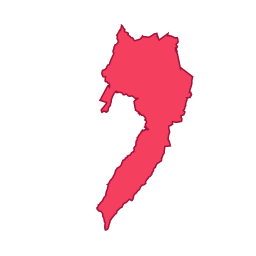 Soacha, Cundinamarca, Colombia (Natural Earth projection), rotated 23°
{"feature_id": "7082276B50901736205159", "entity_name": "Soacha", "entity_type": "district", "adm_level": 2, "iso_a3": "COL", "parent_name": "Colombia", "parent_adm1": "Cundinamarca", "projection": "natural_earth1", "projection_center": [-74.221, 4.507], "detail": "fine", "context": "isolated", "style": "filled", "palette": "rose", "viewbox_px": 256, "rotation_deg": 23, "n_neighbors": 0, "source": "geoboundaries", "source_scale": "gbopen_adm2", "svg_char_len": 5837}
<svg xmlns="http://www.w3.org/2000/svg" viewBox="0 0 256 256"><g transform="rotate(23 128 128)"><path d="M105.4,37.6L105.6,38.3L104.8,39.6L104.9,40.0L105.1,40.4L104.8,41.0L102.4,43.2L100.0,45.1L99.0,44.7L97.0,43.2L95.4,43.6L93.8,42.8L91.7,42.4L91.4,42.1L91.5,41.6L91.3,40.9L90.6,40.4L88.6,40.6L87.9,40.8L87.1,40.6L86.6,39.9L86.8,39.0L86.6,38.6L86.2,38.3L85.4,38.2L84.6,37.7L83.4,36.5L81.9,36.0L82.2,36.9L82.7,39.5L82.1,41.3L82.6,41.3L82.2,42.2L81.4,47.1L82.2,47.4L82.9,49.2L83.1,50.2L84.2,50.7L84.9,51.8L85.3,52.0L85.4,52.5L85.3,53.5L84.3,56.1L83.6,56.6L83.8,57.8L83.5,59.0L83.6,59.4L84.0,60.0L84.0,62.1L84.3,63.4L84.7,64.1L85.5,64.5L85.8,65.2L85.7,72.1L85.8,74.8L86.1,76.9L84.7,78.1L84.6,80.0L84.7,81.6L83.8,83.3L82.1,84.8L82.0,85.1L82.1,85.8L82.4,87.1L83.0,88.8L83.6,89.2L83.8,89.2L84.8,90.4L85.4,90.6L86.8,89.9L87.5,89.8L87.5,90.5L88.5,93.7L88.9,93.7L89.6,94.1L90.1,93.7L90.3,93.7L91.2,93.9L91.5,94.4L91.7,94.5L93.0,94.2L93.6,95.1L94.0,95.3L94.0,95.9L94.2,96.4L94.4,96.5L94.7,96.4L95.0,97.8L93.9,97.2L93.6,96.5L92.9,97.1L92.3,102.8L92.2,104.9L91.8,108.9L91.7,111.4L91.3,113.5L98.5,112.8L98.6,113.8L97.5,117.9L96.3,121.9L97.7,123.7L98.0,123.7L98.4,122.8L98.8,122.6L99.5,121.7L100.4,121.9L100.8,121.7L101.4,122.0L101.8,122.0L102.3,121.3L102.2,120.8L102.8,120.4L102.7,119.8L102.8,119.3L102.5,118.8L102.5,117.8L102.2,117.3L102.2,116.9L102.3,115.9L102.9,114.5L102.9,114.0L102.4,112.5L102.4,111.1L102.2,109.8L101.3,108.2L101.7,107.4L101.4,106.2L101.7,101.3L102.0,100.2L102.7,99.3L102.8,98.9L103.6,99.2L103.8,99.4L103.6,99.5L103.5,99.8L103.9,99.8L104.4,99.5L104.2,99.0L105.0,99.3L105.4,98.8L106.0,98.5L108.4,98.0L109.1,98.2L110.6,99.2L111.1,99.1L111.9,98.7L112.8,97.6L113.2,97.4L113.8,97.5L115.3,98.3L116.4,98.3L117.3,98.1L118.4,97.2L119.5,96.9L121.1,97.2L122.9,97.9L123.5,98.0L124.1,97.7L125.1,96.8L125.5,96.9L123.5,100.2L123.2,101.0L123.2,101.4L128.0,108.7L128.8,108.6L129.6,109.0L130.6,109.0L131.4,109.6L132.0,110.3L132.0,110.5L133.0,110.6L133.6,111.0L133.6,110.8L133.1,110.5L132.9,109.8L134.1,110.7L134.9,110.4L135.6,110.8L136.0,110.8L137.3,110.4L139.1,111.3L140.8,112.6L140.8,112.8L140.3,113.5L140.4,114.0L142.1,114.3L142.9,115.5L142.8,116.3L142.5,116.7L142.6,118.2L142.7,118.6L143.5,119.3L142.8,120.6L144.1,121.0L144.3,120.9L144.6,120.5L145.4,120.6L146.0,121.2L147.2,121.2L147.0,121.6L146.4,122.1L144.9,122.2L144.1,123.2L144.0,123.8L143.7,124.3L142.5,124.0L142.2,124.1L142.0,124.4L142.1,125.0L142.3,125.5L141.8,125.8L141.8,126.8L141.6,127.0L141.6,128.0L140.7,130.8L140.9,132.0L140.2,133.1L140.8,134.4L140.9,135.3L141.0,136.2L140.6,136.9L141.0,137.9L141.3,139.1L142.0,140.8L142.0,141.7L141.5,142.5L141.4,143.8L141.2,144.1L141.8,145.0L142.2,145.4L142.3,145.9L142.2,146.2L142.7,147.0L142.1,148.1L141.5,148.4L140.9,149.5L140.7,151.5L140.3,152.2L139.0,153.4L138.7,154.1L138.4,154.1L138.7,155.3L137.5,156.6L137.3,157.6L137.4,158.4L135.9,159.8L135.9,160.2L136.1,161.0L136.0,162.1L136.2,164.4L136.1,165.2L135.6,166.8L133.9,168.9L133.2,171.8L133.7,175.9L133.4,177.8L133.4,179.2L133.1,180.6L132.0,184.1L132.1,185.2L131.8,187.2L131.2,188.0L131.5,188.0L132.0,188.3L132.4,189.4L132.5,190.9L132.9,191.9L132.9,194.2L133.0,195.7L133.5,196.6L133.4,197.7L133.9,199.2L133.0,201.8L133.1,203.2L132.9,204.9L131.7,208.2L131.6,209.3L131.5,209.6L130.7,210.4L131.0,211.1L131.2,212.1L131.2,212.4L130.6,213.6L131.1,214.6L132.2,214.8L133.0,215.7L133.6,215.7L135.4,215.3L136.2,215.6L137.9,216.6L139.5,219.3L140.4,219.9L141.5,221.1L142.7,223.3L144.1,224.3L145.1,227.8L146.0,229.5L146.8,230.6L147.5,230.6L148.6,229.3L148.8,227.8L148.7,226.1L148.5,225.3L148.2,224.4L148.2,222.0L147.6,220.1L148.0,219.4L148.3,217.4L149.7,212.6L150.3,211.7L150.7,210.5L150.7,210.1L150.2,209.0L151.9,205.0L153.4,203.1L153.4,199.9L153.9,198.9L155.5,197.3L156.8,193.6L157.3,193.1L159.6,193.4L160.1,193.1L160.3,191.0L159.7,188.0L159.7,186.8L160.8,185.0L161.6,181.9L162.5,180.3L162.6,179.3L162.5,178.0L162.8,176.5L163.3,175.4L163.3,174.9L164.2,174.5L165.1,173.8L165.9,172.2L165.9,171.8L165.2,170.8L165.3,169.0L165.6,167.8L166.1,166.9L166.2,165.2L167.4,163.6L168.0,160.9L167.9,160.4L167.5,159.9L168.0,158.4L168.1,157.2L167.6,155.9L167.9,154.3L168.6,153.7L168.5,153.3L168.5,151.5L168.3,150.3L168.6,150.1L168.6,149.6L168.9,148.9L169.0,148.6L169.4,148.5L169.9,147.9L170.6,146.4L171.3,145.8L171.5,144.8L171.3,143.9L170.8,143.0L170.8,142.3L170.6,142.1L170.9,141.2L170.6,138.8L170.9,138.5L170.8,137.9L171.0,137.4L171.0,136.8L170.7,135.8L170.4,135.6L170.3,134.6L169.1,130.6L174.0,127.9L170.7,123.6L170.0,123.3L169.3,122.8L168.2,119.1L168.2,118.1L168.0,117.2L168.0,115.6L165.5,112.1L164.8,110.1L166.2,109.2L167.6,107.0L166.4,105.2L166.9,104.5L170.0,104.1L171.9,102.9L172.4,102.4L173.0,102.2L174.6,101.0L174.6,100.6L174.4,99.4L173.8,98.1L172.7,97.8L172.4,96.1L172.0,95.8L174.2,94.1L174.2,92.1L174.1,91.1L173.9,90.7L173.1,90.7L172.9,90.5L172.1,90.4L172.0,90.1L172.6,88.5L172.5,87.5L172.2,86.7L172.2,85.6L172.4,85.1L172.4,84.7L171.8,83.8L171.6,83.1L171.6,82.6L171.3,81.8L171.3,79.2L171.1,79.1L171.0,77.8L170.8,77.5L170.3,77.2L171.8,76.6L172.5,75.9L172.6,75.7L173.2,75.7L173.5,72.6L173.0,72.6L172.9,71.9L171.7,70.6L170.6,71.3L170.0,68.0L170.1,67.9L170.1,67.6L169.6,63.0L169.4,62.4L169.2,62.3L169.2,61.6L168.7,60.4L168.2,59.5L167.5,55.6L167.3,55.7L167.2,55.5L153.4,52.0L153.2,53.0L145.0,41.2L144.1,40.0L143.9,40.0L143.5,39.7L143.3,39.2L143.3,38.1L143.1,38.1L142.4,38.6L142.2,37.4L141.4,37.7L141.0,37.5L141.0,37.1L141.7,36.7L141.4,36.2L140.5,35.9L140.4,35.7L140.7,35.4L141.5,35.5L141.8,33.9L141.5,33.4L140.5,33.3L139.8,32.7L139.7,32.2L139.7,31.6L140.5,29.9L140.4,28.8L139.9,28.5L139.0,26.6L138.0,25.7L137.7,25.7L137.0,26.2L135.9,26.7L132.3,26.4L130.7,26.8L129.6,26.8L129.1,27.1L128.8,27.6L128.1,26.8L127.9,25.4L122.3,34.9L119.5,32.0L119.0,32.3L119.1,31.7L118.9,31.4L117.6,29.6L116.9,30.2L115.4,31.1L114.1,33.3L111.9,36.2L106.3,37.9L105.4,37.6Z" fill="#f43f5e" stroke="#9f1239" stroke-width="1.5"/></g></svg>